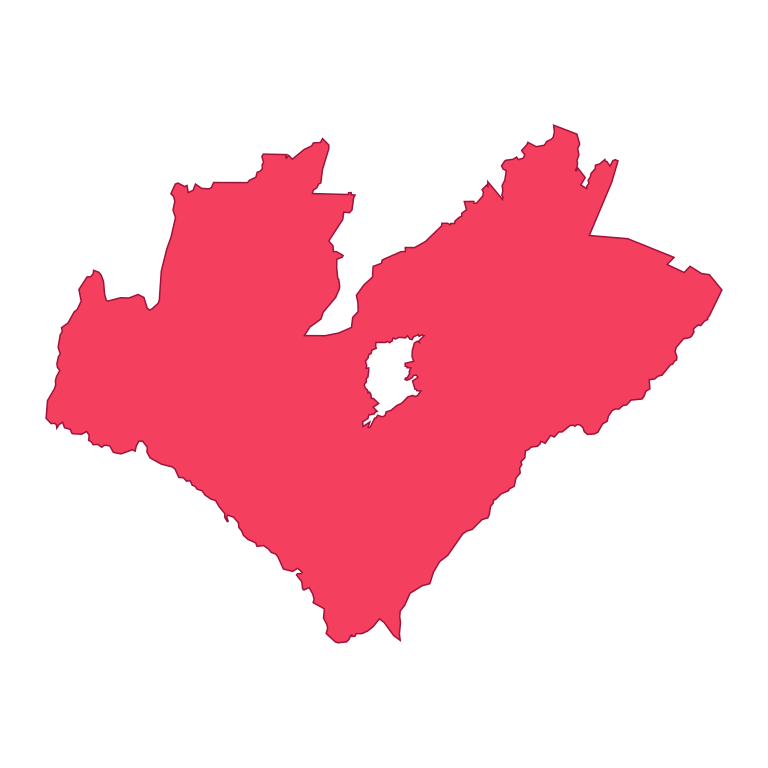 Simalungun, Sumatera Utara, Indonesia
{"feature_id": "22746128B18371020983209", "entity_name": "Simalungun", "entity_type": "district", "adm_level": 2, "iso_a3": "IDN", "parent_name": "Indonesia", "parent_adm1": "Sumatera Utara", "projection": "robinson", "projection_center": [99.096, 2.951], "detail": "fine", "context": "isolated", "style": "filled", "palette": "rose", "viewbox_px": 768, "rotation_deg": 0, "n_neighbors": 0, "source": "geoboundaries", "source_scale": "gbopen_adm2", "svg_char_len": 6091}
<svg xmlns="http://www.w3.org/2000/svg" viewBox="0 0 768 768"><path d="M709.5,315.5L721.9,290.0L709.3,274.6L701.6,273.6L690.0,266.3L684.2,272.5L667.1,264.5L674.1,257.4L627.7,238.7L589.3,235.5L611.8,182.0L618.0,160.9L615.4,159.7L612.9,160.6L610.0,166.1L606.9,161.6L605.2,161.1L604.9,159.5L599.7,163.9L595.4,165.2L595.3,168.6L591.0,173.5L590.3,177.0L588.1,180.3L588.9,183.2L586.9,186.1L586.7,188.5L580.8,185.0L585.2,177.6L578.0,168.2L576.3,170.8L575.4,170.4L576.9,167.1L577.6,162.9L576.9,160.5L578.9,154.9L577.7,148.5L579.7,144.1L576.9,134.1L553.6,125.2L554.4,132.1L553.2,137.1L551.5,139.1L546.8,141.4L544.4,145.2L536.2,146.7L527.9,142.3L526.8,144.8L521.6,150.5L524.7,154.8L523.3,158.1L518.3,159.6L516.6,157.1L513.0,159.3L505.6,160.3L504.5,161.3L501.5,165.9L503.2,169.1L506.3,170.7L504.8,180.2L502.1,185.7L502.9,190.7L501.8,195.5L502.9,196.7L502.5,199.4L487.8,181.7L487.8,186.3L486.8,185.0L482.1,189.6L483.4,192.3L482.8,196.0L476.5,203.2L473.8,203.1L473.8,201.4L464.3,201.5L466.5,209.8L461.8,213.2L461.7,216.3L459.1,217.4L454.9,221.2L454.6,223.5L450.7,223.5L450.1,224.8L447.6,223.3L441.9,223.3L441.6,225.9L425.6,241.4L414.5,247.6L405.3,247.5L405.3,251.6L401.1,251.6L383.4,259.4L382.1,260.1L381.5,263.3L373.1,266.4L372.5,277.1L364.0,284.8L356.4,295.3L357.9,302.7L358.2,311.5L352.7,317.4L351.5,327.4L338.8,333.0L325.1,335.7L304.4,335.6L309.8,327.1L320.9,319.1L323.2,312.2L335.6,297.5L339.2,289.2L339.7,286.6L338.7,279.3L337.8,278.7L336.7,267.7L336.8,259.3L342.3,257.1L343.1,255.5L336.4,251.6L333.5,251.6L333.0,245.9L328.8,240.9L342.7,219.6L343.8,212.1L349.5,212.7L352.0,209.9L353.7,197.5L355.1,195.1L351.1,194.6L351.2,192.6L348.6,192.7L348.2,194.5L312.4,193.6L313.3,190.1L316.7,187.9L318.6,184.1L320.8,182.9L322.5,169.5L328.8,148.8L328.8,145.0L322.5,138.6L320.4,142.5L313.4,142.9L311.7,145.9L304.1,149.5L292.3,159.2L288.7,155.4L286.3,158.2L285.7,157.3L286.9,154.6L263.4,154.1L261.9,156.4L263.5,162.6L262.1,164.7L262.4,168.6L260.2,171.2L257.2,172.2L255.9,177.2L249.4,180.3L247.6,182.6L213.6,182.5L211.5,187.5L209.1,188.8L201.7,188.4L195.5,184.1L193.1,190.3L188.3,192.5L187.0,185.5L184.8,186.6L177.9,183.0L175.3,184.1L170.9,193.7L173.7,196.6L174.8,201.4L173.0,210.1L175.5,217.5L171.1,236.9L166.8,248.9L161.3,271.0L159.3,300.1L158.3,303.1L151.9,309.0L149.5,310.0L147.3,308.3L143.9,297.5L138.1,294.5L128.8,298.0L120.3,297.8L107.9,301.1L106.3,300.3L104.6,294.2L103.5,281.4L101.3,275.4L98.9,272.3L93.6,270.3L93.1,273.9L90.5,276.9L87.1,276.9L78.9,289.5L81.2,301.1L77.1,309.7L74.2,311.8L68.0,323.0L61.5,327.7L62.3,331.4L60.2,334.9L58.1,347.3L60.3,353.8L58.4,356.6L56.9,363.7L57.4,367.4L59.8,370.4L56.5,376.6L55.4,380.9L55.7,384.8L54.5,388.7L47.5,400.6L46.1,418.3L51.1,423.6L54.6,423.3L56.5,425.0L56.8,428.1L59.1,424.5L62.6,422.3L64.5,427.7L70.4,429.4L71.7,433.1L72.8,433.7L81.6,434.2L86.6,431.5L89.1,435.2L88.7,440.4L91.0,441.6L93.2,444.7L97.9,444.5L101.7,447.2L104.5,445.2L109.7,445.8L113.4,452.4L121.0,453.9L132.5,449.7L135.1,451.2L136.3,446.0L138.9,441.1L142.7,441.3L147.3,447.2L146.9,451.9L150.2,458.0L161.5,464.2L172.5,467.0L174.9,468.9L178.9,477.5L183.5,477.8L186.6,481.2L190.0,480.6L192.3,485.3L194.8,486.1L197.3,489.3L202.0,490.7L205.2,495.2L211.3,499.3L215.5,500.4L219.1,506.6L224.7,513.5L224.8,517.4L227.3,521.6L228.2,521.1L226.7,517.1L227.6,515.1L233.6,517.2L238.4,522.8L238.8,527.4L241.6,530.9L243.5,535.4L248.1,539.5L255.6,542.8L257.0,546.3L263.6,545.6L268.5,549.0L271.2,552.4L275.6,554.0L277.9,556.8L283.4,569.0L292.6,571.4L297.6,568.3L302.1,572.2L301.0,573.6L297.5,573.7L296.5,575.0L301.8,581.8L302.6,588.9L303.9,590.0L309.2,587.6L312.8,594.1L314.1,599.5L313.1,602.6L324.4,608.9L323.5,618.1L327.0,624.7L327.6,628.2L326.2,633.5L335.3,641.9L338.2,642.8L346.5,641.9L348.9,639.5L350.9,635.3L351.8,635.1L351.9,636.4L354.9,636.3L356.2,633.7L361.9,633.6L367.5,631.1L373.1,626.7L379.4,618.9L384.1,622.4L393.7,635.6L400.2,640.4L399.4,633.9L400.5,622.4L399.7,616.9L400.2,611.0L404.8,605.1L410.0,593.3L422.2,585.7L429.8,583.7L433.5,572.1L439.6,561.6L447.7,555.4L462.7,533.9L467.0,531.0L472.2,529.4L482.0,519.6L487.8,517.9L489.3,514.5L490.6,506.2L493.1,503.3L493.6,500.1L495.7,499.3L501.1,493.9L508.5,490.7L509.5,488.8L514.2,486.3L516.0,478.0L520.2,473.0L519.6,468.1L521.8,464.6L520.9,461.7L524.8,457.9L525.5,450.8L528.8,449.4L531.1,447.1L537.4,446.3L540.0,443.9L540.9,441.3L545.2,443.3L550.6,435.4L554.3,437.0L558.8,432.0L562.2,431.9L569.9,425.6L573.1,425.2L574.9,426.2L576.9,424.7L579.8,424.7L583.1,427.8L584.3,431.7L587.4,434.4L594.6,433.9L598.0,432.1L602.5,424.0L607.2,421.2L608.4,416.1L612.3,410.5L615.6,408.9L618.9,409.1L622.9,405.5L626.7,404.9L631.0,400.1L642.1,399.0L644.2,396.0L645.8,391.3L649.9,388.8L649.2,379.7L654.6,379.0L658.1,376.1L662.0,375.2L670.5,364.8L672.7,364.1L674.5,361.1L676.6,360.0L676.9,356.7L675.1,351.6L676.2,347.4L683.4,338.9L689.9,337.5L691.5,336.2L694.0,331.9L693.3,329.7L694.5,327.9L698.4,324.9L700.7,325.6L704.6,321.0L707.7,319.5L707.6,317.9L709.5,315.5ZM418.3,334.7L419.1,336.4L421.5,334.9L424.1,335.7L419.0,340.8L419.5,342.5L417.3,341.2L414.4,343.0L412.3,350.5L412.0,356.5L413.7,361.3L405.1,363.3L405.2,366.2L407.1,366.7L407.1,367.7L410.8,367.9L409.2,371.7L409.6,373.6L407.3,377.6L405.5,378.1L405.0,379.5L406.8,380.2L409.3,379.4L412.4,377.5L413.3,375.6L416.2,375.0L418.0,377.3L412.5,381.0L413.9,385.6L415.0,389.2L416.6,389.6L416.8,390.7L420.9,391.0L417.4,395.7L414.8,396.5L413.0,395.4L408.0,396.8L401.7,403.2L396.8,405.5L390.8,410.5L386.2,411.8L385.1,415.3L383.8,416.3L381.9,416.7L377.7,415.3L375.9,418.1L374.7,418.1L370.1,427.3L368.1,427.4L369.8,422.0L363.0,426.5L362.7,421.9L368.0,418.4L368.7,415.1L374.2,413.9L375.5,411.9L377.2,411.4L373.2,407.2L378.7,403.5L373.4,398.4L371.4,398.4L370.8,394.0L369.4,392.0L368.0,392.9L367.6,390.2L365.3,388.0L364.2,384.9L366.1,381.9L366.3,382.7L366.3,378.6L367.9,377.1L368.7,371.1L368.7,367.9L366.1,368.3L366.7,365.3L365.4,361.3L368.1,357.9L368.8,354.5L371.0,353.7L372.0,350.0L376.3,348.3L375.6,346.2L376.0,342.4L384.9,342.5L387.5,341.5L389.6,342.7L392.1,341.0L393.1,338.0L395.6,339.0L399.1,337.3L405.5,337.9L407.5,335.8L410.0,339.2L412.2,339.6L413.4,336.9L418.3,334.7Z" fill="#f43f5e" stroke="#9f1239" stroke-width="1.5"/></svg>